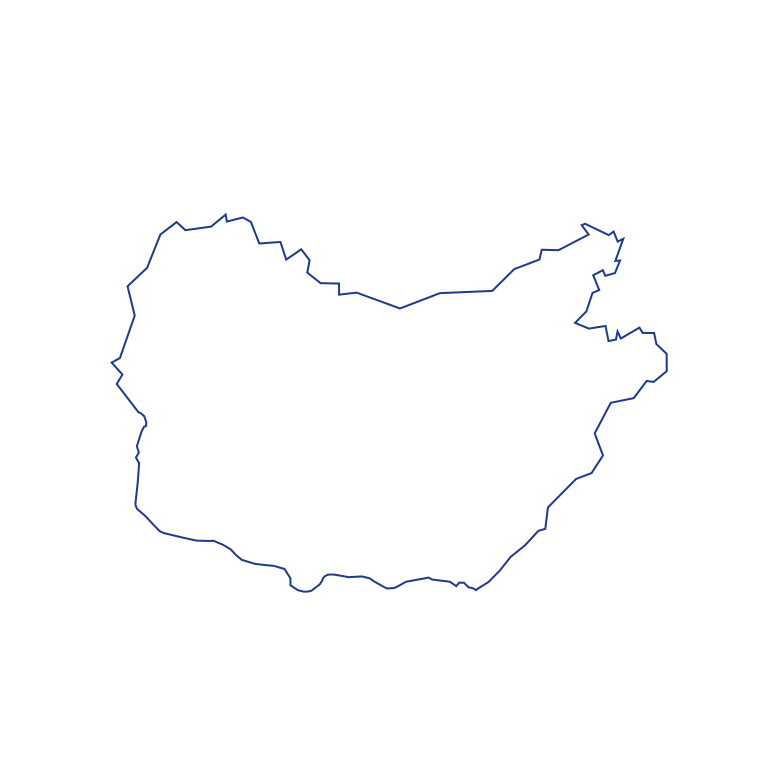 Chucher - Sandevo, Čučer Sandevo, North Macedonia, rotated 249°
{"feature_id": "65306769B58175225548943", "entity_name": "Chucher - Sandevo", "entity_type": "district", "adm_level": 2, "iso_a3": "MKD", "parent_name": "North Macedonia", "parent_adm1": "Čučer Sandevo", "projection": "equal_earth", "projection_center": [21.395, 42.146], "detail": "fine", "context": "isolated", "style": "outline", "palette": "blue", "viewbox_px": 768, "rotation_deg": 249, "n_neighbors": 0, "source": "geoboundaries", "source_scale": "gbopen_adm2", "svg_char_len": 1894}
<svg xmlns="http://www.w3.org/2000/svg" viewBox="0 0 768 768"><g transform="rotate(249 384 384)"><path d="M445.4,144.7L444.3,146.3L439.8,148.6L433.7,148.4L430.1,146.9L430.0,144.6L426.6,140.7L414.5,131.0L407.9,130.5L404.2,126.1L400.7,126.5L398.0,127.1L380.1,118.7L361.7,109.2L360.2,108.7L356.1,108.6L346.2,113.9L333.8,118.9L327.1,121.8L323.6,125.2L313.3,140.2L305.1,152.6L300.8,162.8L298.6,168.8L291.6,176.0L284.6,181.6L277.6,184.4L270.8,188.2L262.3,199.1L257.9,207.5L253.7,215.9L247.0,224.8L236.2,227.0L229.6,224.6L222.5,229.6L218.9,234.6L217.3,239.2L217.0,242.1L219.2,249.8L220.1,252.4L222.4,255.5L224.4,257.3L225.6,259.4L226.1,263.0L225.5,265.4L223.6,269.8L216.3,281.8L214.3,288.2L212.2,294.5L207.8,300.9L203.0,304.2L192.2,313.2L190.1,319.4L189.9,322.6L191.5,333.5L187.7,353.9L187.4,356.0L184.1,359.0L176.9,372.6L175.6,374.8L169.4,379.0L171.6,383.1L169.8,387.4L164.1,390.0L161.1,394.2L158.5,396.1L159.3,398.1L161.7,410.7L168.4,425.4L177.2,440.3L183.0,458.1L191.6,475.5L191.0,482.7L210.0,492.8L226.5,529.2L226.5,545.9L238.8,562.8L262.4,563.0L285.2,589.0L281.3,612.1L292.7,630.3L289.3,636.5L294.7,652.6L310.9,658.7L323.6,652.6L334.8,654.4L339.1,643.7L345.1,642.7L341.6,621.4L349.3,620.8L342.4,616.5L343.6,609.0L358.8,611.6L362.3,595.1L372.6,584.3L379.3,599.0L394.3,611.3L394.6,618.6L410.6,618.3L411.8,629.1L405.7,629.4L404.8,639.4L414.7,648.6L416.0,644.1L433.8,659.4L433.2,653.2L444.0,653.0L442.5,647.1L461.5,629.2L461.4,625.5L450.2,628.6L446.4,594.8L452.8,579.4L444.5,573.7L444.6,546.8L432.1,518.4L448.8,468.7L448.8,425.9L479.1,391.2L483.5,374.1L493.9,378.0L500.9,360.9L515.5,352.3L526.2,358.9L539.4,355.0L535.2,337.3L553.7,338.2L559.9,317.9L583.1,317.8L590.0,311.9L592.0,295.5L598.9,296.9L592.9,279.0L598.8,253.7L609.5,248.4L603.7,228.8L577.4,204.5L567.1,179.6L537.2,175.8L502.9,146.8L501.6,137.4L486.6,143.2L479.8,134.5L445.4,144.7Z" fill="none" stroke="#1e3a8a" stroke-width="2"/></g></svg>